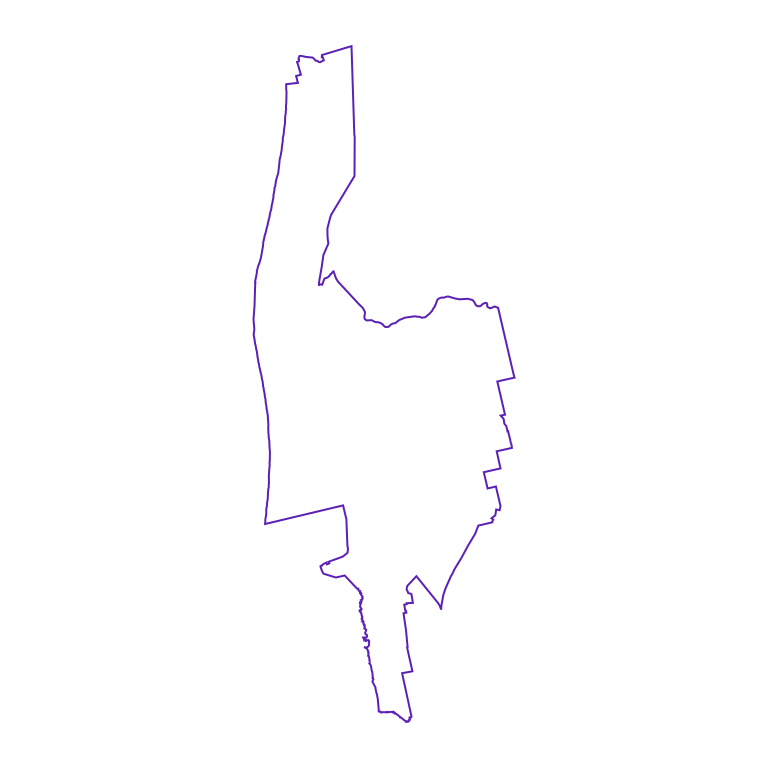 the district of Nīcas pag., Nicas, Latvia
{"feature_id": "27541924B8450529664693", "entity_name": "Nīcas pag.", "entity_type": "district", "adm_level": 2, "iso_a3": "LVA", "parent_name": "Latvia", "parent_adm1": "Nicas", "projection": "mercator", "projection_center": [21.017, 56.321], "detail": "fine", "context": "isolated", "style": "outline", "palette": "violet", "viewbox_px": 768, "rotation_deg": 0, "n_neighbors": 0, "source": "geoboundaries", "source_scale": "gbopen_adm2", "svg_char_len": 6086}
<svg xmlns="http://www.w3.org/2000/svg" viewBox="0 0 768 768"><path d="M498.1,307.8L494.5,306.5L490.6,308.3L488.6,307.6L487.5,306.8L487.3,306.4L487.1,305.5L487.3,304.8L486.8,303.2L485.6,302.8L483.0,303.8L480.7,305.9L479.9,306.2L477.5,306.2L475.9,305.2L474.3,302.1L473.3,300.8L472.3,299.9L467.8,298.8L459.6,299.3L455.1,298.5L448.7,296.6L446.7,296.6L443.6,297.7L441.8,297.5L440.4,297.9L438.2,298.9L437.0,300.5L435.8,304.2L434.7,306.1L434.8,306.6L433.0,308.9L432.3,310.6L429.3,313.9L425.1,317.3L421.6,317.7L420.1,317.0L414.7,316.3L405.2,317.6L399.3,320.0L395.2,323.2L392.8,323.6L391.4,324.2L388.5,326.8L385.8,327.1L384.4,326.4L382.4,324.2L380.6,323.0L378.1,322.2L375.4,322.1L371.6,320.2L366.5,320.4L364.8,319.1L364.4,317.6L364.4,316.6L365.0,313.0L364.8,311.6L362.9,308.1L358.5,303.7L338.0,281.6L336.0,278.3L335.1,275.9L333.6,271.4L332.9,271.6L331.3,273.7L330.4,274.1L330.3,274.8L328.2,277.0L326.9,277.8L324.8,278.4L324.1,279.4L322.2,284.7L320.5,284.3L319.2,285.1L318.9,284.9L319.0,283.2L319.4,280.0L321.6,267.7L323.4,255.0L328.4,243.5L327.8,239.9L327.5,235.7L327.4,228.5L330.2,217.5L331.2,214.7L354.5,176.0L354.7,136.9L354.3,134.1L351.5,46.1L322.0,55.0L321.8,57.1L322.5,57.0L323.1,58.0L323.8,60.3L320.1,62.2L318.9,62.1L317.4,60.9L316.5,60.9L315.6,60.5L313.9,58.6L312.6,57.6L306.0,56.9L300.7,55.8L299.4,56.1L298.5,58.9L299.1,59.7L298.9,61.0L298.8,61.4L297.1,61.9L297.4,63.0L297.5,63.0L300.9,74.7L296.1,76.0L297.9,82.9L286.2,84.2L286.2,89.0L286.5,92.2L286.3,102.4L285.9,107.0L286.1,109.3L285.8,110.9L285.7,113.8L285.3,115.7L285.1,118.4L285.0,123.0L283.9,130.7L283.8,133.4L283.1,136.9L282.8,137.3L282.8,140.7L281.8,147.9L281.7,150.1L281.3,151.7L280.9,154.6L279.7,159.3L279.4,163.0L279.2,164.0L279.2,164.8L278.2,173.2L276.1,180.0L276.0,181.2L275.7,182.0L275.7,183.4L275.3,184.7L275.4,185.2L275.1,186.5L274.5,187.8L274.4,188.4L274.6,188.8L273.4,195.7L273.4,197.9L272.7,200.3L272.8,200.9L271.8,205.1L271.3,208.8L270.0,213.5L269.4,217.4L268.3,221.1L268.4,221.5L267.8,223.5L267.8,224.4L266.8,227.6L265.9,231.8L264.3,237.1L264.2,238.5L263.7,239.8L263.8,240.2L263.3,242.0L263.0,245.9L261.0,257.5L259.2,263.7L258.2,265.9L256.8,271.5L256.9,271.8L256.7,273.7L255.3,280.5L255.1,282.8L255.4,282.9L255.2,284.3L254.5,306.1L253.5,319.4L254.3,328.7L254.2,330.9L253.8,333.3L253.7,335.6L254.0,336.3L254.1,337.7L254.4,338.3L255.1,343.8L255.6,345.3L256.0,348.0L257.0,352.2L257.1,353.9L257.3,354.5L257.4,356.2L258.2,360.1L258.3,362.1L258.9,363.7L259.5,367.8L259.8,368.3L260.3,371.1L261.4,375.2L262.0,379.3L262.7,381.7L262.7,382.9L263.1,384.9L263.0,385.7L263.6,387.8L263.6,388.7L264.7,394.4L264.8,396.3L265.5,399.5L265.7,402.5L266.5,407.0L266.5,408.4L266.7,408.6L266.9,410.7L267.2,411.3L267.2,412.2L267.9,416.0L267.8,417.3L268.0,418.3L267.9,419.4L268.2,421.1L268.2,423.2L268.4,424.3L268.2,428.6L268.4,431.0L268.3,432.6L268.6,433.7L268.5,434.3L268.9,438.8L269.3,440.7L269.5,447.2L270.0,453.0L269.8,456.0L269.9,458.6L269.7,459.7L269.8,460.9L269.5,463.1L269.7,465.3L269.2,470.1L268.8,476.6L269.0,479.3L268.8,480.4L269.0,482.5L268.7,485.3L268.8,487.3L268.3,488.6L268.3,490.2L268.0,491.9L267.7,499.1L267.0,503.4L266.9,506.0L266.2,509.6L266.3,512.6L266.0,516.1L265.5,518.1L265.1,524.0L343.1,505.4L346.4,519.4L347.4,545.7L348.0,548.9L347.5,552.8L342.8,556.6L328.7,561.7L329.3,563.4L326.9,564.3L326.5,562.5L324.0,563.7L321.8,565.3L321.9,565.6L320.5,566.2L320.7,567.4L322.2,571.4L323.5,573.7L335.9,577.5L344.7,575.5L357.1,588.7L358.2,588.6L358.5,589.2L358.4,590.0L359.4,591.2L360.2,591.2L360.0,593.0L360.9,592.9L361.1,593.3L361.3,593.6L361.0,594.7L362.5,596.5L362.5,597.4L362.1,597.8L362.6,598.3L362.4,599.1L360.9,600.1L361.7,601.0L361.2,602.2L360.1,602.2L359.9,603.0L359.9,603.4L360.8,603.7L360.1,605.8L360.1,606.9L360.7,607.5L361.6,609.2L361.0,610.2L360.2,609.9L359.6,610.5L359.5,611.0L360.9,612.4L360.7,612.8L361.5,613.7L361.6,615.5L362.2,616.3L361.9,617.0L362.3,617.5L362.4,618.1L361.6,619.1L363.3,621.2L363.1,621.6L362.6,621.8L363.5,622.3L363.4,623.8L363.8,623.9L364.0,625.3L364.6,625.3L364.4,625.9L364.9,626.9L364.3,628.4L366.2,629.7L366.1,630.5L365.1,632.8L365.4,633.8L365.8,634.4L366.6,634.6L367.0,635.1L366.8,637.2L366.5,637.5L363.1,637.5L363.7,638.8L364.2,639.3L364.3,640.3L365.4,639.7L365.8,639.8L365.9,640.9L368.2,640.0L369.1,640.8L369.1,641.5L369.2,642.0L368.8,642.4L369.1,645.1L368.3,646.5L366.4,647.6L364.1,647.0L367.1,648.9L367.9,650.6L368.2,650.9L368.0,651.7L368.6,652.7L368.3,653.2L368.5,653.8L368.4,654.9L368.2,655.4L368.5,655.7L368.3,656.0L368.8,656.4L369.6,659.6L369.3,659.9L369.7,661.3L369.7,663.3L369.4,663.6L370.2,664.3L371.0,665.9L371.6,670.3L372.2,671.8L372.6,674.5L372.5,676.0L373.0,677.4L372.5,678.3L373.4,679.3L372.4,681.5L375.5,687.6L375.5,688.5L376.3,692.5L377.1,694.8L377.2,696.2L377.7,698.3L378.8,710.3L378.7,711.4L379.2,711.7L380.6,711.7L381.0,712.5L381.5,712.6L382.0,712.2L386.5,712.2L386.9,711.8L387.6,711.9L387.5,712.2L388.2,712.0L389.1,712.3L390.2,711.9L392.6,712.0L392.8,712.3L393.3,711.7L394.2,712.4L394.2,712.7L394.9,712.7L395.1,713.0L395.0,713.6L395.8,713.6L398.2,715.3L399.7,716.7L400.0,717.3L400.4,717.1L404.6,720.5L406.4,721.4L406.2,721.8L406.6,721.9L407.3,721.3L407.8,721.7L408.3,721.6L408.6,721.0L409.5,720.6L409.5,720.1L409.2,719.8L409.9,719.3L409.8,718.7L409.4,718.0L409.5,717.6L410.1,717.8L410.3,717.4L411.2,717.3L411.5,716.6L402.1,673.2L412.4,671.3L407.1,647.4L407.6,647.2L406.0,630.1L403.5,613.3L406.4,612.6L405.9,610.7L405.3,610.7L404.2,604.7L406.7,604.2L407.1,603.6L406.9,603.2L412.9,602.9L411.4,594.0L408.2,593.0L407.4,590.8L406.7,589.8L406.7,588.6L407.0,587.0L407.4,585.8L416.4,576.2L437.8,602.7L439.7,605.6L441.2,609.6L441.4,605.7L443.3,595.0L445.2,589.3L447.1,584.8L450.9,576.3L452.7,573.1L454.8,568.7L461.3,558.1L468.2,545.4L475.2,533.7L478.3,525.6L492.3,522.3L492.2,521.5L493.3,519.7L491.5,518.3L495.3,515.3L496.2,509.5L499.6,510.2L500.5,506.0L495.9,486.5L487.6,488.5L483.8,472.2L500.5,468.4L496.7,451.3L511.9,447.9L511.4,444.2L510.9,443.5L510.2,439.9L508.1,431.2L507.5,431.4L506.3,426.1L504.5,423.9L504.2,423.0L503.7,419.0L500.7,415.6L505.0,414.7L497.3,381.5L514.5,377.6L514.3,377.2L512.1,368.1L498.1,307.8Z" fill="none" stroke="#5b21b6" stroke-width="2"/></svg>